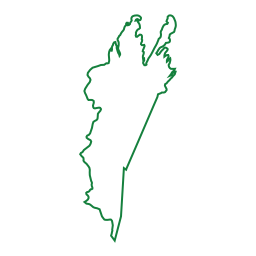 Carutapera, Maranhão, Brazil
{"feature_id": "56859067B5392779567911", "entity_name": "Carutapera", "entity_type": "district", "adm_level": 2, "iso_a3": "BRA", "parent_name": "Brazil", "parent_adm1": "Maranhão", "projection": "robinson", "projection_center": [-45.994, -1.395], "detail": "fine", "context": "isolated", "style": "outline", "palette": "green", "viewbox_px": 256, "rotation_deg": 0, "n_neighbors": 0, "source": "geoboundaries", "source_scale": "gbopen_adm2", "svg_char_len": 4580}
<svg xmlns="http://www.w3.org/2000/svg" viewBox="0 0 256 256"><path d="M84.5,202.0L86.4,203.6L88.7,204.0L89.7,204.3L91.2,205.4L93.2,207.1L94.5,207.7L97.2,208.3L99.6,209.3L101.9,216.2L102.4,217.0L104.2,219.4L105.1,219.8L107.4,219.9L110.3,219.5L111.1,219.7L112.0,220.9L112.4,222.9L112.8,225.3L112.2,229.8L112.4,230.7L112.0,232.0L111.7,233.7L111.1,235.7L114.7,240.6L121.0,216.4L123.9,168.1L126.1,169.7L126.6,168.3L138.2,141.5L153.6,105.7L157.4,97.0L158.0,94.3L161.0,93.1L161.8,92.5L164.0,92.5L165.1,92.1L166.6,90.1L166.6,89.1L164.9,85.7L165.1,84.2L166.6,83.3L167.8,81.7L169.5,80.1L170.8,78.5L171.9,77.6L173.1,76.0L174.7,74.4L175.6,71.6L174.7,71.4L173.0,72.8L171.2,75.3L169.7,75.9L171.1,74.1L172.0,72.4L174.2,70.3L174.9,68.8L173.9,68.9L172.1,68.9L170.9,68.8L169.8,68.0L169.1,67.0L168.7,65.6L168.8,64.5L169.6,63.4L170.0,61.9L170.3,60.5L170.4,59.5L170.2,58.3L169.1,59.0L168.3,59.9L167.9,60.9L166.9,61.7L166.9,60.3L167.3,59.1L168.1,57.8L168.6,56.2L168.2,55.0L166.8,55.1L165.4,55.9L164.4,56.7L164.4,55.5L164.7,54.2L165.2,52.9L166.0,51.9L166.9,50.9L167.5,50.0L167.7,49.1L166.6,48.0L165.5,47.6L164.6,47.8L163.9,48.4L163.1,49.4L162.4,50.0L161.5,50.9L160.3,52.5L159.3,54.0L157.6,54.9L156.3,53.2L156.9,52.4L157.6,51.3L158.2,50.1L159.1,48.9L159.7,48.0L160.6,47.4L161.6,46.9L162.6,46.6L163.4,45.9L164.4,45.2L165.2,44.1L165.9,42.9L166.9,42.8L168.2,42.6L169.2,42.2L169.8,41.6L170.0,40.1L169.6,38.8L168.8,38.0L169.4,36.7L169.8,34.6L170.5,33.9L171.4,33.4L172.5,32.8L174.0,32.0L174.5,30.9L174.7,29.5L175.1,28.4L175.5,27.3L175.8,25.9L175.8,24.8L175.7,23.9L175.6,22.9L175.4,21.8L175.1,20.9L174.5,19.5L174.0,18.2L173.2,17.0L172.5,16.2L171.6,15.7L170.7,15.4L169.7,15.4L168.9,15.6L167.7,16.7L167.6,18.6L167.0,19.8L166.5,21.3L167.1,22.1L167.9,22.8L167.3,23.9L165.9,24.1L164.5,24.7L163.6,25.6L163.1,26.6L162.6,27.5L162.2,28.5L161.9,29.6L161.2,30.7L160.7,31.9L160.8,33.2L161.0,34.3L160.9,35.5L160.7,36.8L159.9,37.9L158.7,38.9L158.2,40.4L157.7,41.6L157.3,42.6L156.9,43.6L156.3,44.7L155.8,45.7L155.0,47.0L154.1,48.7L152.7,51.5L150.9,54.9L149.5,57.0L148.5,58.4L148.1,59.3L147.7,60.3L147.3,61.1L146.7,62.2L146.2,63.3L146.5,64.6L145.7,65.2L144.4,65.2L143.8,64.3L143.1,63.0L143.3,61.8L144.2,60.5L144.1,58.8L143.2,59.6L142.9,57.5L142.9,56.0L143.2,55.1L143.7,53.6L143.8,52.1L142.7,51.3L143.0,50.0L143.6,48.7L144.1,47.4L144.6,46.0L144.2,44.9L143.0,45.1L141.8,45.1L141.0,44.2L141.1,43.2L141.9,41.7L142.2,40.0L141.7,39.2L142.0,37.7L141.9,35.8L141.3,34.9L140.0,34.6L139.2,35.1L138.1,35.9L137.1,36.8L136.1,36.7L135.7,35.5L136.0,33.9L135.9,32.7L136.3,31.7L137.0,30.4L138.0,29.4L139.1,28.9L140.0,28.0L139.9,26.7L139.8,25.7L139.5,24.4L138.8,23.1L138.1,22.3L137.8,21.4L137.1,20.4L135.6,20.6L136.0,19.7L136.8,19.2L137.6,19.1L138.3,19.6L139.2,20.4L140.3,20.0L140.9,18.9L141.0,17.8L140.4,16.9L139.8,16.4L138.7,15.7L137.4,15.4L136.3,15.4L134.5,15.6L133.3,16.0L132.5,16.4L131.8,17.2L131.4,18.2L131.4,19.3L131.7,20.5L131.0,21.6L130.1,22.9L130.0,24.0L128.9,25.0L127.4,25.3L126.1,25.0L124.9,26.4L124.5,27.2L124.2,28.2L123.9,29.4L123.2,30.6L122.5,31.3L121.8,32.2L121.0,33.4L120.2,35.1L119.2,35.9L118.7,37.0L117.6,38.7L117.6,39.9L118.5,41.8L118.7,42.7L118.7,45.0L118.1,48.0L118.2,49.2L119.8,52.7L120.1,53.7L120.1,54.7L119.5,55.7L119.2,54.5L118.4,53.3L117.8,51.8L116.7,48.1L116.7,45.7L116.1,45.0L115.7,43.5L115.4,42.0L114.2,42.3L113.3,43.6L112.8,45.4L112.2,46.2L111.9,47.4L112.0,49.6L111.5,51.5L111.0,48.5L109.8,50.0L109.2,51.7L108.9,53.6L108.8,54.8L109.2,59.6L109.2,60.9L108.6,63.1L107.5,63.4L106.3,63.3L105.6,63.8L104.2,64.8L100.9,65.0L97.9,66.1L92.6,67.7L90.2,69.8L87.9,72.8L87.5,75.0L88.4,76.6L90.0,78.4L90.5,79.9L89.7,82.2L87.7,84.7L85.2,88.7L84.4,91.0L85.0,92.9L86.2,95.3L87.0,97.3L87.6,98.9L88.5,100.0L91.1,99.9L92.5,100.1L93.7,101.0L93.8,102.8L93.0,105.5L93.2,107.1L93.8,108.1L94.9,108.4L96.8,108.0L99.2,107.6L100.2,107.9L101.0,109.1L100.4,110.7L98.8,112.5L97.9,113.8L97.7,117.0L97.5,118.8L96.6,120.0L94.7,121.0L93.4,121.9L92.7,124.0L92.0,127.8L91.4,129.6L90.8,131.3L90.1,133.4L88.8,134.9L87.2,135.6L86.5,136.8L86.7,137.8L88.2,139.0L90.5,140.2L91.2,141.5L90.6,143.7L89.5,145.7L85.2,149.0L83.9,150.0L82.5,152.1L80.9,153.0L80.2,154.2L81.6,156.1L83.3,157.7L83.6,159.1L83.5,160.7L84.4,162.0L86.6,163.9L88.6,166.5L89.4,167.8L89.8,169.9L89.7,172.4L89.8,175.2L90.6,178.6L91.2,181.0L91.9,182.5L91.9,183.5L91.6,184.7L91.8,185.9L92.4,187.6L92.4,188.7L91.7,189.2L90.8,189.3L90.0,190.0L89.3,191.2L88.2,191.9L87.2,192.0L86.2,192.9L86.5,194.4L87.8,195.5L88.5,196.7L88.6,198.0L87.9,199.5L86.3,200.9L84.5,202.0ZM126.1,25.0L127.4,24.3L128.0,23.7L127.9,22.8L126.9,22.7L126.2,23.4L126.1,25.0Z" fill="none" stroke="#15803d" stroke-width="2"/></svg>